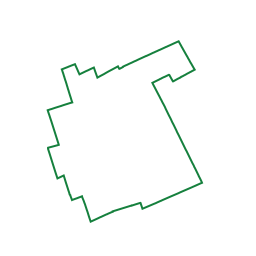 the district of Dragalina, Calarasi, Romania, rotated 334°
{"feature_id": "2599482B45268650673873", "entity_name": "Dragalina", "entity_type": "district", "adm_level": 2, "iso_a3": "ROU", "parent_name": "Romania", "parent_adm1": "Calarasi", "projection": "mercator", "projection_center": [27.403, 44.443], "detail": "fine", "context": "isolated", "style": "outline", "palette": "green", "viewbox_px": 256, "rotation_deg": 334, "n_neighbors": 0, "source": "geoboundaries", "source_scale": "gbopen_adm2", "svg_char_len": 4279}
<svg xmlns="http://www.w3.org/2000/svg" viewBox="0 0 256 256"><g transform="rotate(334 128 128)"><path d="M170.5,209.7L170.6,208.2L170.6,205.9L170.6,204.3L170.5,202.2L170.6,201.9L170.6,200.1L170.6,197.9L170.6,197.6L170.6,197.2L170.6,196.3L170.6,195.4L170.6,193.2L170.5,192.3L170.6,191.4L170.6,190.0L170.6,189.5L170.5,188.1L170.5,187.0L170.5,186.5L170.5,184.9L170.5,183.4L170.5,181.3L170.5,179.4L170.5,178.7L170.5,177.2L170.5,175.1L170.5,174.1L170.4,173.1L170.4,172.1L170.4,170.6L170.4,167.9L170.4,165.9L170.4,163.6L170.4,160.1L170.4,158.5L170.4,157.7L170.4,156.9L170.4,156.6L170.3,152.6L170.4,151.9L170.4,151.4L170.4,151.0L170.4,150.3L170.4,146.4L170.4,144.9L170.3,142.2L170.4,138.8L170.3,134.3L170.3,128.7L170.3,127.0L170.4,125.4L170.3,121.8L170.2,120.4L170.2,119.2L170.2,117.7L170.1,115.8L170.1,114.9L170.1,113.9L170.0,110.9L169.9,107.4L169.8,103.4L169.7,100.5L169.7,98.1L170.4,98.1L171.5,98.1L172.5,98.1L173.8,98.1L175.4,98.1L176.7,98.1L177.6,98.1L178.5,98.0L179.2,98.1L180.3,98.0L181.2,98.0L182.2,98.0L183.6,98.1L184.6,98.1L185.7,98.1L186.4,98.1L187.0,98.1L187.5,98.1L187.9,98.1L188.0,98.1L188.3,98.3L188.4,98.5L188.5,100.7L188.8,105.8L189.0,105.9L190.8,105.8L194.2,105.6L196.2,105.6L197.3,105.5L197.8,105.4L197.8,105.5L198.3,105.4L199.0,105.4L199.4,105.4L200.2,105.4L201.3,105.3L202.6,105.3L204.0,105.2L205.2,105.1L206.1,105.1L206.9,105.1L207.7,105.0L208.4,105.0L208.9,105.0L209.7,105.0L210.6,104.9L211.6,104.9L212.3,104.9L213.1,104.8L213.5,104.8L213.4,103.6L213.1,99.0L213.0,97.4L212.9,96.9L212.8,95.3L212.8,94.1L212.6,91.6L212.6,91.2L212.6,90.4L212.5,89.5L212.5,88.8L212.4,88.6L212.4,88.1L212.4,87.8L212.4,87.7L212.4,87.3L212.3,86.7L212.3,86.3L212.3,86.1L212.2,84.9L212.2,83.9L212.1,83.3L212.1,82.9L212.1,82.6L212.0,81.5L212.0,80.6L211.8,78.3L211.8,76.9L211.7,76.1L211.6,74.0L211.5,72.3L211.4,72.3L210.0,72.2L206.8,72.1L202.3,72.0L199.4,71.9L199.2,71.9L198.1,71.9L197.7,71.8L196.2,71.8L191.2,71.7L189.8,71.6L188.1,71.6L186.2,71.5L185.8,71.5L184.7,71.5L183.4,71.4L182.1,71.4L180.1,71.4L175.9,71.3L175.8,71.2L167.3,71.0L166.1,71.0L164.3,71.0L163.1,70.9L160.1,70.9L157.5,70.8L156.4,70.8L154.9,70.8L153.2,70.7L152.4,70.7L151.2,70.7L150.3,70.7L150.2,70.8L150.1,71.0L146.4,71.1L146.1,71.0L146.0,70.8L146.0,69.9L146.0,69.1L146.0,68.2L144.0,68.3L141.5,68.4L139.0,68.5L135.8,68.6L132.3,68.8L130.1,69.0L126.6,69.1L122.6,69.3L123.3,62.8L123.8,58.7L120.4,58.6L116.8,58.6L115.6,58.5L111.9,58.5L110.5,58.5L109.3,58.5L108.5,58.5L107.9,58.5L108.0,55.1L108.1,53.3L108.3,47.4L107.2,47.3L103.9,47.0L103.4,47.0L101.3,46.8L100.4,46.8L99.6,46.7L98.3,46.6L97.0,46.5L95.6,46.4L94.2,46.3L94.1,47.5L93.9,48.5L93.8,49.4L93.7,50.4L93.5,51.6L93.3,52.8L93.2,53.3L93.2,53.8L93.1,54.3L93.0,54.8L92.8,56.1L92.6,57.5L92.5,58.1L92.5,58.6L92.3,59.7L92.2,60.4L92.1,61.2L91.7,63.3L91.6,64.2L91.4,65.3L91.1,67.0L91.0,68.1L90.9,68.7L90.8,69.1L90.7,69.7L90.6,70.4L90.4,71.7L90.2,73.0L90.0,74.4L89.8,75.8L89.4,78.2L89.1,80.6L86.4,80.1L84.3,79.8L82.4,79.5L80.4,79.2L78.0,78.9L77.6,78.9L77.2,78.8L72.0,78.0L70.6,77.8L69.0,77.6L67.4,77.4L66.9,77.3L66.5,77.2L64.8,77.0L63.8,76.8L63.6,76.8L63.5,77.6L63.4,78.3L63.3,78.8L63.2,79.6L62.9,82.1L62.4,85.6L62.1,87.9L60.6,98.1L58.5,112.3L58.4,112.8L57.7,112.7L53.0,111.8L51.0,111.4L47.5,110.7L47.2,111.2L47.0,111.7L46.1,117.9L44.7,127.1L43.3,136.5L42.7,140.9L42.5,142.4L49.4,142.5L48.3,149.5L47.3,156.5L47.2,157.1L47.1,157.7L46.9,159.3L46.8,160.3L46.5,161.6L46.4,162.4L46.4,162.5L46.5,162.7L46.6,162.9L46.7,163.0L46.5,163.9L46.4,164.8L46.3,166.2L46.1,168.2L46.7,168.2L47.2,168.3L48.3,168.4L49.3,168.5L50.9,168.7L51.7,168.8L53.2,168.9L55.1,169.1L56.7,169.2L56.5,170.4L56.4,171.5L56.3,173.6L56.2,174.6L56.0,176.2L55.9,177.8L55.7,179.0L55.5,180.5L55.3,182.0L55.1,183.3L54.9,185.2L54.8,185.9L54.1,190.4L53.7,193.5L53.4,195.8L56.5,195.9L61.2,196.0L61.4,196.0L63.5,196.0L63.9,196.0L65.1,196.1L65.5,196.1L65.8,196.1L70.8,196.2L71.1,196.3L73.0,196.3L74.6,196.4L75.1,196.4L75.4,196.4L77.6,196.6L77.7,196.2L91.2,198.3L97.0,199.2L97.3,199.2L97.3,199.4L100.3,199.8L106.3,200.7L106.4,200.8L105.6,206.9L113.1,207.3L118.9,207.6L119.6,207.7L119.8,207.7L120.1,207.7L121.7,207.7L124.2,207.8L125.2,207.8L125.6,207.9L126.3,207.9L127.3,207.9L136.7,208.3L144.7,208.7L145.4,208.7L146.0,208.7L146.6,208.7L157.7,209.2L168.7,209.6L170.5,209.7Z" fill="none" stroke="#15803d" stroke-width="2"/></g></svg>